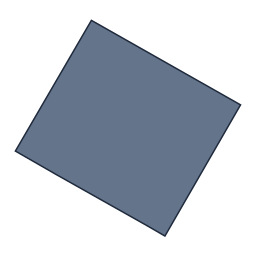 Uvalde, Texas, United States of America (Mercator projection), rotated 210°
{"feature_id": "52423323B37617394138403", "entity_name": "Uvalde", "entity_type": "district", "adm_level": 2, "iso_a3": "USA", "parent_name": "United States of America", "parent_adm1": "Texas", "projection": "mercator", "projection_center": [-99.826, 29.357], "detail": "fine", "context": "isolated", "style": "filled", "palette": "slate", "viewbox_px": 256, "rotation_deg": 210, "n_neighbors": 0, "source": "geoboundaries", "source_scale": "gbopen_adm2", "svg_char_len": 246}
<svg xmlns="http://www.w3.org/2000/svg" viewBox="0 0 256 256"><g transform="rotate(210 128 128)"><path d="M42.0,52.9L42.1,204.3L213.5,202.9L214.0,51.7L167.0,51.8L66.0,52.9L42.0,52.9Z" fill="#64748b" stroke="#1e293b" stroke-width="1.5"/></g></svg>